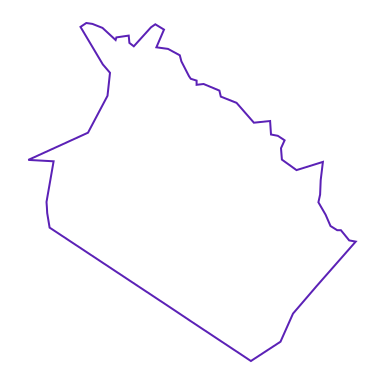 the district of Santa María Totolapilla, Oaxaca, Mexico
{"feature_id": "50627088B43192699457410", "entity_name": "Santa María Totolapilla", "entity_type": "district", "adm_level": 2, "iso_a3": "MEX", "parent_name": "Mexico", "parent_adm1": "Oaxaca", "projection": "robinson", "projection_center": [-95.615, 16.626], "detail": "fine", "context": "isolated", "style": "outline", "palette": "violet", "viewbox_px": 384, "rotation_deg": 0, "n_neighbors": 0, "source": "geoboundaries", "source_scale": "gbopen_adm2", "svg_char_len": 831}
<svg xmlns="http://www.w3.org/2000/svg" viewBox="0 0 384 384"><path d="M80.5,26.9L102.8,64.4L110.0,72.8L107.5,95.8L88.0,132.7L28.3,159.9L53.6,161.3L49.3,186.0L48.4,191.1L46.5,202.0L46.9,207.5L47.2,213.1L49.6,227.6L175.0,310.6L190.5,321.0L234.6,350.2L250.9,361.0L280.5,341.7L293.0,313.6L316.6,286.1L355.7,241.6L349.2,240.4L340.9,230.2L337.2,230.2L330.5,226.0L325.6,214.7L318.4,202.3L320.1,194.6L320.7,180.1L322.9,161.9L296.5,170.1L281.9,159.6L281.0,148.2L284.6,140.3L277.8,135.8L271.0,134.5L270.1,121.0L253.9,122.7L236.6,102.9L220.8,96.6L219.4,90.6L203.6,84.0L196.6,84.8L196.6,80.6L190.8,78.8L189.0,76.2L181.4,61.4L179.8,55.3L168.0,48.9L156.4,47.3L164.0,29.6L155.3,24.3L151.0,27.3L133.8,46.3L129.4,42.9L128.7,35.6L116.4,37.4L115.6,40.0L102.5,27.9L92.4,23.9L86.3,23.0L80.5,26.9Z" fill="none" stroke="#5b21b6" stroke-width="2"/></svg>